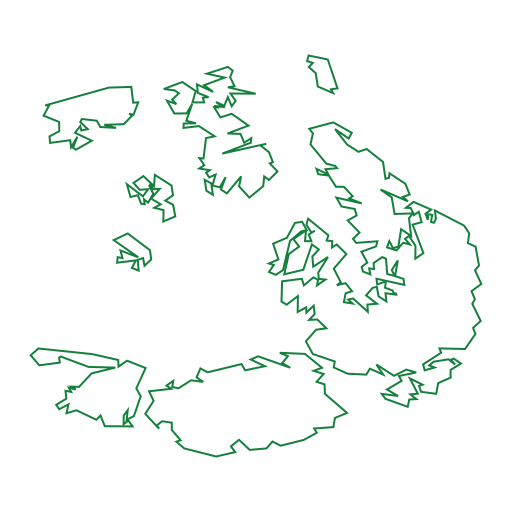 the district of Austevoll nor, Norway
{"feature_id": "86288312B29393912466053", "entity_name": "Austevoll nor", "entity_type": "district", "adm_level": 2, "iso_a3": "NOR", "parent_name": "Norway", "parent_adm1": "", "projection": "natural_earth1", "projection_center": [5.173, 60.063], "detail": "fine", "context": "isolated", "style": "outline", "palette": "green", "viewbox_px": 512, "rotation_deg": 0, "n_neighbors": 0, "source": "geoboundaries", "source_scale": "gbopen_adm2", "svg_char_len": 6055}
<svg xmlns="http://www.w3.org/2000/svg" viewBox="0 0 512 512"><path d="M333.3,122.4L309.3,128.8L312.9,133.4L310.5,144.5L326.3,163.6L335.3,166.0L337.1,168.2L325.5,169.2L328.4,174.6L316.5,168.9L318.2,174.2L328.9,175.6L336.0,186.8L343.9,186.8L352.6,196.2L349.2,198.4L361.7,203.4L336.4,197.6L341.5,206.5L354.8,209.0L356.6,215.5L347.7,220.4L359.5,232.6L353.0,238.8L356.2,242.9L377.4,241.3L376.1,246.4L361.4,251.7L367.3,262.6L361.7,266.8L362.9,271.5L370.3,274.4L369.2,268.4L374.0,269.0L373.6,263.1L382.2,257.1L386.0,258.7L387.2,274.0L394.8,276.0L391.8,270.1L397.8,260.4L395.1,276.1L403.5,278.9L404.3,284.9L376.5,278.7L377.2,284.4L385.9,281.4L385.0,287.7L392.6,290.5L393.5,293.1L396.0,293.5L396.3,294.7L385.5,293.2L386.4,301.4L378.6,296.4L376.8,286.9L372.7,287.8L366.1,295.4L377.0,303.7L367.4,304.6L367.8,311.8L353.1,298.5L348.1,299.6L352.5,303.5L343.9,302.2L345.6,293.3L352.0,291.2L345.6,283.2L336.8,285.2L340.8,282.3L333.8,268.7L346.4,254.0L336.7,244.5L332.0,247.5L332.2,241.1L326.7,240.6L328.4,235.3L308.1,218.7L306.4,224.6L311.4,232.6L314.9,230.7L308.8,234.5L311.4,241.3L305.0,241.1L306.0,230.4L293.4,239.1L299.1,246.6L288.7,254.2L284.3,274.3L303.3,269.8L311.9,244.4L318.8,249.5L312.4,256.4L313.2,266.7L328.0,257.0L318.2,272.6L318.8,278.9L325.4,279.6L317.0,285.4L318.1,279.8L313.4,277.4L303.9,285.4L301.8,278.8L282.1,281.3L281.5,301.6L286.6,304.7L297.9,296.1L297.7,312.0L306.2,307.3L306.4,312.6L313.7,305.7L314.6,314.1L309.2,319.9L317.3,319.5L326.4,328.3L316.1,329.7L305.9,341.3L312.8,354.0L334.8,361.5L333.7,367.4L347.5,373.7L366.3,374.6L369.9,368.7L383.2,374.6L376.4,364.5L394.0,375.8L406.3,369.6L416.2,372.5L398.9,376.0L401.6,380.9L386.9,389.5L398.1,396.0L381.8,393.9L385.4,398.8L407.7,406.8L409.3,399.5L416.4,399.1L410.4,394.4L417.8,393.7L409.9,378.4L422.6,384.7L419.0,385.9L421.1,391.8L436.2,393.8L438.2,383.1L450.6,377.6L450.6,369.9L461.0,363.5L453.7,358.6L450.8,359.8L455.1,364.6L448.5,359.3L433.7,361.7L429.2,365.5L434.6,367.5L424.7,370.3L423.1,364.4L441.1,352.8L439.5,348.4L465.0,349.0L475.4,334.0L473.1,327.9L480.7,320.9L472.3,303.9L474.9,299.2L471.5,291.2L481.3,284.0L475.0,270.3L479.0,265.4L475.6,246.7L467.9,243.1L469.2,233.4L464.1,225.6L434.9,210.5L435.9,218.7L433.9,222.8L431.0,221.9L432.2,214.8L428.2,214.3L427.8,219.8L425.5,213.7L431.2,209.6L413.5,201.9L405.9,207.8L410.8,208.0L414.0,215.1L418.8,211.8L421.6,222.2L412.6,224.6L423.4,253.1L415.3,258.6L415.5,245.9L409.0,235.9L405.0,238.9L409.9,244.5L403.3,242.7L396.5,250.4L387.0,247.4L389.3,241.1L393.0,248.2L398.4,246.5L401.1,229.2L411.1,236.0L409.0,218.2L412.9,213.4L394.6,214.0L391.7,197.3L380.5,189.5L407.9,201.3L402.9,196.9L409.7,194.5L405.3,183.7L389.5,173.3L389.0,177.8L385.5,178.8L383.0,161.9L366.6,149.0L358.4,151.8L347.1,144.5L335.0,129.1L348.7,138.5L351.8,132.8L333.3,122.4ZM305.0,353.9L279.8,352.8L287.9,356.2L282.2,363.1L290.2,367.7L258.1,356.3L250.7,359.5L264.9,366.2L245.1,370.3L241.5,364.1L207.6,372.3L200.4,368.4L196.6,377.4L203.2,381.9L191.1,380.3L178.4,388.3L172.3,387.0L173.2,380.9L166.5,385.6L171.2,388.8L149.0,391.3L153.6,400.8L145.3,413.8L159.0,428.7L157.0,425.2L162.2,421.2L171.8,422.7L171.8,429.9L180.6,440.3L176.4,441.7L184.2,448.4L216.1,456.5L235.2,452.1L230.9,446.4L239.0,439.8L249.7,449.9L266.5,448.4L272.5,441.5L280.5,445.7L303.9,439.9L316.8,432.7L314.2,428.5L333.4,427.1L334.9,418.0L347.0,412.9L324.9,393.8L324.6,384.4L316.6,381.8L323.6,374.0L313.7,370.8L322.0,367.8L305.0,353.9ZM227.8,66.9L206.9,73.7L224.6,77.6L204.1,85.2L213.2,91.9L197.0,84.4L197.8,92.9L208.5,97.1L202.8,97.7L204.2,102.4L192.5,102.4L195.7,91.0L182.3,82.0L163.8,89.0L174.4,90.3L178.9,93.3L172.1,99.6L176.4,104.1L167.0,100.7L174.3,113.5L186.6,113.4L192.2,103.9L186.3,120.8L196.1,123.3L183.7,123.5L183.5,127.9L198.9,126.1L214.6,136.3L206.0,138.1L203.5,158.5L199.3,158.1L204.3,165.1L199.3,168.5L209.8,170.2L206.1,172.7L209.2,177.4L215.6,174.6L212.8,184.2L204.7,179.8L206.4,190.7L212.9,194.8L211.5,185.2L219.8,187.3L225.7,177.1L220.9,189.5L226.9,193.4L241.1,176.4L239.1,186.4L249.4,197.6L263.2,186.2L264.2,176.4L268.9,180.0L277.5,171.5L269.8,163.4L272.9,162.2L269.0,152.2L260.4,145.4L266.3,143.8L222.3,153.6L250.8,142.7L251.3,138.2L244.2,142.7L240.5,133.9L227.5,133.5L248.5,125.6L231.7,113.8L220.4,117.4L214.1,107.2L219.3,107.6L214.1,105.9L222.6,106.9L216.0,102.0L224.3,105.8L227.8,97.1L231.7,106.2L235.7,100.9L230.5,93.5L255.7,93.7L227.9,87.3L234.5,86.2L230.1,77.1L232.7,70.7L227.8,66.9ZM38.4,348.5L30.7,355.3L39.3,365.3L59.8,362.6L59.1,357.7L60.6,356.5L88.5,366.9L115.3,367.6L91.6,373.4L79.0,386.9L71.5,386.6L75.8,389.5L68.8,387.7L71.2,391.9L65.5,390.8L66.4,398.6L56.2,404.8L59.2,409.2L68.4,404.4L66.5,413.2L76.6,410.3L96.4,419.8L100.5,415.5L104.8,426.2L132.6,426.4L128.3,420.5L123.6,424.3L123.7,415.7L127.7,410.2L126.7,419.7L133.9,416.1L140.7,396.3L136.3,388.4L145.6,368.0L127.0,360.7L118.5,366.6L118.2,360.0L92.2,354.1L38.4,348.5ZM108.9,87.6L45.2,105.4L49.1,105.4L43.6,115.7L59.1,121.9L59.3,131.2L49.5,136.4L50.1,142.9L70.2,140.2L71.1,147.3L77.4,136.7L73.0,147.7L75.9,149.7L91.8,140.7L75.0,132.8L80.2,126.1L81.3,130.5L87.8,129.1L80.3,122.1L81.8,119.0L96.8,120.7L100.3,127.0L116.1,127.9L104.3,124.8L123.8,124.2L131.9,115.8L129.2,113.6L133.5,114.8L138.2,102.3L133.2,102.7L131.3,86.9L108.9,87.6ZM143.4,176.1L133.5,182.9L139.8,189.8L148.2,189.2L142.9,196.3L126.9,184.2L130.5,197.0L137.9,195.2L141.1,203.7L144.7,204.2L144.0,199.3L148.1,202.7L153.3,193.6L149.3,185.8L150.5,184.2L153.3,189.2L159.7,188.9L151.1,198.6L160.7,204.3L154.2,207.8L163.6,210.1L163.3,221.5L175.3,216.4L173.1,204.8L165.3,200.6L173.0,195.3L171.5,185.5L154.9,174.9L154.0,186.1L143.4,176.1ZM150.0,250.2L127.7,233.5L113.7,240.1L138.3,257.3L120.5,250.5L122.4,258.1L117.7,257.2L117.1,262.7L135.9,260.4L131.9,267.9L138.6,270.6L137.8,259.8L143.1,258.1L144.5,265.8L151.2,259.4L150.0,250.2ZM327.8,59.5L308.6,55.5L307.1,61.1L312.8,62.9L308.8,67.1L315.7,73.1L317.8,86.5L333.1,93.1L331.0,89.3L337.5,88.4L327.8,59.5ZM302.1,221.8L295.0,222.9L286.9,237.8L273.1,243.7L278.4,259.4L269.0,263.5L273.8,264.9L269.0,272.0L275.9,274.8L283.0,270.1L290.0,241.0L301.3,231.4L306.7,230.1L302.1,221.8Z" fill="none" stroke="#15803d" stroke-width="2"/></svg>